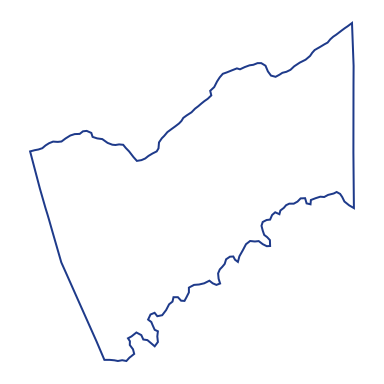 the district of Itaocara, Rio de Janeiro, Brazil
{"feature_id": "56859067B49021626071663", "entity_name": "Itaocara", "entity_type": "district", "adm_level": 2, "iso_a3": "BRA", "parent_name": "Brazil", "parent_adm1": "Rio de Janeiro", "projection": "natural_earth1", "projection_center": [-42.077, -21.729], "detail": "fine", "context": "isolated", "style": "outline", "palette": "blue", "viewbox_px": 384, "rotation_deg": 0, "n_neighbors": 0, "source": "geoboundaries", "source_scale": "gbopen_adm2", "svg_char_len": 2480}
<svg xmlns="http://www.w3.org/2000/svg" viewBox="0 0 384 384"><path d="M86.7,130.9L83.0,131.3L79.7,133.9L74.7,134.1L70.3,135.5L65.5,138.5L61.5,141.5L57.7,141.9L53.1,141.6L49.1,143.2L45.6,145.4L42.3,148.2L38.4,149.5L34.7,150.2L30.1,151.4L39.9,188.6L45.5,208.1L47.4,214.2L49.0,219.6L52.5,231.9L61.3,262.4L65.6,272.0L76.8,297.2L88.3,323.0L96.7,341.8L104.4,359.9L110.1,359.9L114.4,360.3L117.9,361.0L122.2,360.2L126.4,361.0L129.4,357.7L134.2,353.9L133.0,349.3L129.8,345.0L129.9,341.2L128.0,338.3L131.5,336.4L136.4,332.5L141.3,335.1L143.3,339.5L147.4,340.1L151.3,343.4L154.7,346.3L157.9,342.0L157.3,336.4L157.9,331.3L154.7,329.8L152.8,325.6L151.3,322.0L148.1,319.6L150.5,314.5L154.6,312.8L157.3,316.2L162.2,315.2L166.1,310.1L169.1,304.3L172.5,301.6L173.5,297.2L177.9,297.2L181.1,300.7L184.5,300.9L186.5,297.2L188.9,292.4L188.9,287.6L194.0,284.9L199.1,284.5L204.2,283.3L209.4,280.7L212.7,283.3L216.4,284.9L220.1,283.5L218.6,278.7L218.1,273.4L219.8,269.4L222.3,266.8L224.7,263.9L226.1,259.3L229.9,256.7L233.3,256.5L235.0,259.7L237.9,261.9L239.4,256.3L243.0,249.9L246.0,244.2L250.1,241.0L254.9,241.5L258.7,241.1L262.8,244.2L266.8,246.2L270.1,246.0L269.9,240.1L267.1,237.1L264.2,234.9L262.7,230.5L261.5,225.8L262.7,222.0L266.6,220.0L270.1,219.6L272.1,215.0L275.2,212.3L279.4,214.2L280.4,210.5L283.8,207.9L286.1,205.2L289.2,203.7L293.7,203.7L297.5,201.6L300.6,198.4L305.1,198.2L306.6,203.4L310.5,204.3L310.9,200.0L315.6,198.2L320.3,196.7L324.2,197.0L328.1,194.9L333.7,193.5L336.6,192.0L340.1,193.9L342.2,197.0L344.4,201.5L349.1,205.3L353.9,208.1L353.4,152.3L353.5,84.9L353.6,65.9L352.0,23.0L347.6,26.3L344.9,28.1L341.8,30.4L336.2,34.7L333.2,36.7L330.3,39.3L327.6,42.6L324.6,44.2L320.3,46.8L314.7,50.0L312.2,52.8L310.1,55.9L305.6,59.7L299.8,62.6L294.2,66.3L290.5,69.8L286.4,71.8L282.4,72.8L279.5,74.7L275.6,76.8L271.0,75.6L267.9,71.4L265.5,65.7L261.2,63.1L257.6,63.1L253.3,64.8L249.6,65.3L244.7,67.1L240.0,69.3L236.9,68.4L232.0,70.3L226.8,72.4L222.8,73.8L219.7,77.4L217.1,81.4L214.2,87.1L210.2,90.8L211.3,95.4L207.6,98.9L204.4,101.1L201.3,103.6L198.3,106.2L195.0,108.7L191.5,112.3L186.7,115.4L183.3,117.9L181.4,121.0L179.1,123.4L175.2,126.4L171.6,129.0L167.4,132.1L164.2,135.9L161.8,138.3L159.0,142.4L158.5,148.4L156.7,151.4L152.5,153.5L148.5,155.9L145.2,158.5L141.5,160.1L136.9,160.9L133.5,157.1L129.1,151.4L125.8,148.0L123.2,144.8L119.1,144.4L115.4,145.0L112.3,144.7L107.6,142.9L102.3,139.1L97.2,138.4L92.6,136.9L91.3,132.9L86.7,130.9Z" fill="none" stroke="#1e3a8a" stroke-width="2"/></svg>